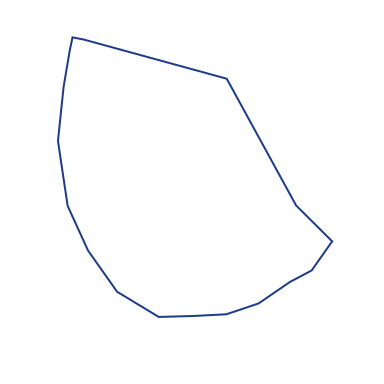 Namoya, Maniema, Democratic Republic of the Congo, rotated 11°
{"feature_id": "63176286B36790783393673", "entity_name": "Namoya", "entity_type": "district", "adm_level": 2, "iso_a3": "COD", "parent_name": "Democratic Republic of the Congo", "parent_adm1": "Maniema", "projection": "equal_earth", "projection_center": [27.577, -4.011], "detail": "fine", "context": "isolated", "style": "outline", "palette": "blue", "viewbox_px": 384, "rotation_deg": 11, "n_neighbors": 0, "source": "geoboundaries", "source_scale": "gbopen_adm2", "svg_char_len": 371}
<svg xmlns="http://www.w3.org/2000/svg" viewBox="0 0 384 384"><g transform="rotate(11 192 192)"><path d="M339.0,213.7L296.8,185.4L204.5,74.2L56.5,63.0L45.2,63.0L45.0,77.2L45.9,113.3L50.7,167.5L72.6,229.4L101.2,269.4L137.5,304.2L183.2,321.0L217.6,313.3L249.0,305.5L278.6,288.7L305.3,261.6L324.4,246.2L339.0,213.7Z" fill="none" stroke="#1e3a8a" stroke-width="2"/></g></svg>